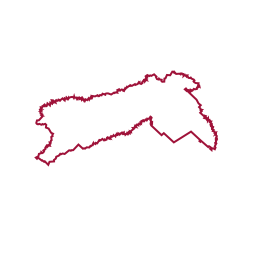 the district of Murray River, New South Wales, Australia, rotated 125°
{"feature_id": "25037944B78114295205688", "entity_name": "Murray River", "entity_type": "district", "adm_level": 2, "iso_a3": "AUS", "parent_name": "Australia", "parent_adm1": "New South Wales", "projection": "mercator", "projection_center": [144.402, -35.23], "detail": "fine", "context": "isolated", "style": "outline", "palette": "rose", "viewbox_px": 256, "rotation_deg": 125, "n_neighbors": 0, "source": "geoboundaries", "source_scale": "gbopen_adm2", "svg_char_len": 5877}
<svg xmlns="http://www.w3.org/2000/svg" viewBox="0 0 256 256"><g transform="rotate(125 128 128)"><path d="M53.2,93.1L52.2,94.2L52.5,95.2L50.9,95.9L52.3,98.2L52.5,100.0L52.2,101.0L50.9,100.9L50.6,101.9L51.1,104.2L50.7,105.5L51.5,105.8L52.2,107.2L51.7,108.4L52.0,109.6L50.9,109.6L51.4,110.4L52.0,110.2L51.6,111.2L52.1,110.7L52.1,111.9L53.1,112.2L52.2,112.5L52.7,113.0L52.1,113.6L52.7,114.2L52.4,115.0L52.9,115.9L53.9,115.7L54.0,117.0L56.1,119.6L55.5,122.2L56.2,122.1L55.9,123.2L56.4,124.0L60.6,123.7L62.2,126.5L65.8,125.8L66.6,126.5L69.2,124.9L70.5,126.5L70.3,127.6L69.2,128.1L70.0,129.9L69.8,130.9L70.7,130.7L71.3,132.3L70.3,134.2L69.6,134.2L69.1,137.4L71.9,138.8L72.2,140.0L73.2,140.3L73.5,142.1L74.5,141.7L74.3,142.8L75.5,143.2L76.3,141.8L77.1,141.9L77.1,140.6L78.2,140.8L78.3,140.3L79.0,141.7L79.7,141.2L79.8,142.2L80.4,141.8L80.2,142.5L82.5,142.6L83.0,142.0L84.4,142.5L84.7,144.0L84.0,144.6L84.5,144.7L84.3,145.4L86.4,145.3L88.5,146.7L88.1,147.5L91.3,149.0L91.6,150.7L92.5,150.5L92.9,151.2L95.3,152.0L95.1,152.5L97.3,152.5L97.2,153.1L100.0,152.5L100.2,153.4L99.4,153.8L100.3,155.5L102.0,155.9L102.2,156.7L101.5,157.6L103.0,158.4L103.2,157.5L104.8,157.7L105.2,157.1L105.8,158.4L107.1,159.1L107.0,159.7L110.2,161.0L111.1,164.2L112.2,165.6L113.1,166.2L113.8,165.8L114.5,168.5L116.4,168.4L117.0,169.8L118.4,169.9L119.0,170.6L118.6,171.7L121.0,173.1L122.5,176.1L123.3,174.9L124.6,174.6L125.0,175.1L124.6,176.2L127.0,176.0L126.3,177.3L128.6,177.4L128.8,179.1L129.5,179.0L129.1,179.4L129.7,180.1L130.8,179.8L130.0,181.5L130.8,181.5L130.8,181.8L130.1,181.7L129.8,182.4L131.3,182.3L130.4,183.4L131.1,183.5L131.5,183.8L130.5,183.9L131.3,184.4L131.1,185.3L131.8,185.2L131.7,185.9L132.4,186.3L133.0,185.9L133.4,186.0L132.6,186.8L133.3,187.1L132.8,188.0L133.9,189.2L133.1,190.2L134.3,189.8L133.8,190.8L134.3,190.3L134.5,191.5L136.1,193.1L137.1,193.5L137.5,192.9L137.3,193.6L138.0,193.6L137.6,194.1L138.5,194.0L138.5,194.8L138.8,194.4L139.1,194.4L138.7,195.3L139.2,195.1L139.6,196.2L140.2,195.2L140.1,196.4L141.2,195.9L140.9,196.7L141.7,196.5L141.3,198.6L144.1,199.4L144.4,200.5L144.9,199.9L145.5,201.4L146.6,201.7L146.4,202.8L148.1,203.1L148.8,202.1L149.0,203.5L148.3,205.1L149.0,206.4L149.8,205.2L149.0,204.7L149.6,204.9L149.5,204.0L150.1,203.6L151.0,204.4L151.7,204.1L151.8,206.2L154.3,204.9L154.0,208.1L156.6,207.2L157.2,207.6L156.6,209.8L157.8,210.1L157.6,209.6L158.3,209.2L159.2,210.6L160.6,210.0L161.1,211.3L162.7,209.7L162.5,210.4L163.4,210.7L163.8,209.8L163.3,209.2L164.0,209.4L163.5,208.7L164.3,209.2L165.9,208.5L165.9,206.9L166.6,206.7L166.3,206.0L167.0,206.0L167.0,205.3L167.4,205.8L167.6,204.7L172.8,205.4L174.0,206.9L176.5,206.0L176.9,205.1L176.6,203.8L175.5,203.1L175.0,200.8L173.8,200.3L173.8,199.5L172.1,198.2L172.3,196.8L174.7,195.5L174.0,192.7L176.0,188.3L175.7,186.1L177.2,186.0L177.9,185.1L179.4,185.7L181.7,183.6L182.5,183.9L184.7,182.8L184.9,183.8L186.5,182.4L187.4,183.2L187.6,182.4L188.2,183.6L188.5,183.1L189.9,183.3L189.5,184.5L191.6,184.4L192.3,183.6L194.8,184.4L194.9,183.5L196.5,183.3L197.6,183.8L197.5,185.2L198.5,184.7L200.3,186.1L202.5,185.2L205.1,186.5L205.4,184.9L203.9,184.7L204.1,179.9L203.7,179.8L203.8,177.3L203.0,177.1L203.9,172.2L200.7,172.9L197.8,169.4L196.7,170.3L194.4,169.6L192.7,170.3L190.3,168.8L188.1,168.7L188.2,168.0L186.4,166.9L185.6,165.0L180.0,163.4L179.4,161.8L178.8,161.8L177.6,160.2L170.0,159.1L170.8,153.0L169.8,152.4L169.6,151.4L167.6,150.8L166.1,148.5L164.3,148.5L164.3,148.0L162.7,147.4L160.4,147.7L160.8,147.2L160.0,147.3L159.8,145.5L158.6,145.8L158.2,144.4L154.6,144.6L154.6,144.0L153.9,144.1L153.6,143.3L151.6,142.7L151.9,140.6L150.7,140.5L150.9,139.6L149.8,138.9L148.3,139.5L147.9,138.7L147.3,139.1L147.1,138.3L147.8,138.4L147.4,136.8L146.7,137.2L146.6,136.7L146.2,137.5L145.2,136.7L144.3,137.1L143.9,135.8L142.5,135.7L142.8,135.3L141.8,134.4L142.0,133.5L140.6,133.9L139.9,132.7L139.3,133.1L139.4,132.4L139.1,133.1L138.5,131.9L137.9,132.5L137.8,131.6L138.2,131.7L137.3,131.3L137.7,130.9L135.9,130.5L135.9,129.8L135.1,130.2L134.7,129.6L135.3,129.1L134.1,128.8L135.3,127.8L134.6,126.8L135.0,126.3L133.3,126.0L133.4,125.4L132.5,125.7L132.7,124.6L132.1,124.8L131.7,124.0L131.3,124.5L131.8,124.9L131.0,125.0L131.1,123.7L130.4,124.2L130.0,123.4L129.6,124.0L129.5,123.3L128.9,123.9L125.4,122.8L125.1,123.8L124.4,122.7L123.4,123.1L122.9,122.3L122.3,123.0L122.2,122.3L121.7,123.3L120.5,122.5L120.9,121.8L120.2,122.3L120.0,121.4L119.5,122.0L118.3,121.4L119.1,120.7L118.2,121.1L118.2,120.3L116.8,120.7L116.8,120.2L116.1,120.9L115.8,120.2L114.7,120.9L113.9,119.6L113.6,120.4L112.8,120.0L112.7,118.6L111.0,118.5L110.9,117.9L110.4,118.4L110.8,117.5L109.8,117.6L110.0,117.1L109.2,117.2L108.5,116.1L106.3,116.1L106.8,115.2L105.9,115.1L106.0,114.6L108.9,113.9L109.0,113.1L110.5,112.4L109.4,111.6L110.5,110.9L111.9,111.1L111.8,110.3L112.6,110.3L114.6,96.4L111.7,95.7L113.5,82.2L94.8,74.3L96.5,61.7L97.7,61.9L97.8,60.8L96.6,60.7L97.6,51.4L96.5,51.2L96.4,49.8L96.5,48.6L97.9,48.8L98.1,47.0L97.1,47.6L95.8,46.7L95.6,44.7L93.8,45.1L93.3,46.4L90.3,46.8L90.6,47.6L90.1,48.1L89.0,47.8L87.5,49.1L87.1,48.5L86.0,48.7L85.4,49.5L86.1,49.7L86.0,50.2L83.7,50.6L83.4,51.8L82.2,52.7L82.7,52.9L82.0,53.0L82.3,53.9L81.5,53.8L82.1,54.5L81.3,55.3L81.8,56.7L80.5,56.8L80.8,58.5L79.7,59.4L78.9,58.6L78.3,58.8L78.5,60.0L77.7,60.7L78.7,61.4L77.7,62.5L76.4,62.2L76.3,63.7L75.4,63.7L76.0,64.4L75.1,64.7L75.4,65.5L74.6,66.0L75.1,66.8L76.0,66.8L74.4,67.9L75.1,67.9L74.8,68.8L75.8,68.6L75.5,69.4L76.3,69.6L75.5,69.8L75.8,70.5L75.3,70.3L75.3,70.9L74.7,70.5L74.7,71.4L73.7,71.3L74.0,72.2L73.1,72.1L74.7,72.5L74.1,77.6L72.0,77.3L71.9,78.1L70.8,77.9L71.5,79.1L70.5,79.8L70.1,81.8L67.6,81.5L67.4,84.3L65.5,88.1L63.5,101.1L64.0,101.2L63.7,103.6L62.4,103.2L62.9,101.4L61.8,99.4L63.1,98.8L62.4,97.6L61.0,97.2L60.6,97.8L60.4,96.7L58.2,96.5L57.9,95.3L56.5,94.0L55.5,94.7L54.6,94.5L54.8,93.2L54.0,94.7L53.4,94.8L53.2,93.1Z" fill="none" stroke="#9f1239" stroke-width="2"/></g></svg>